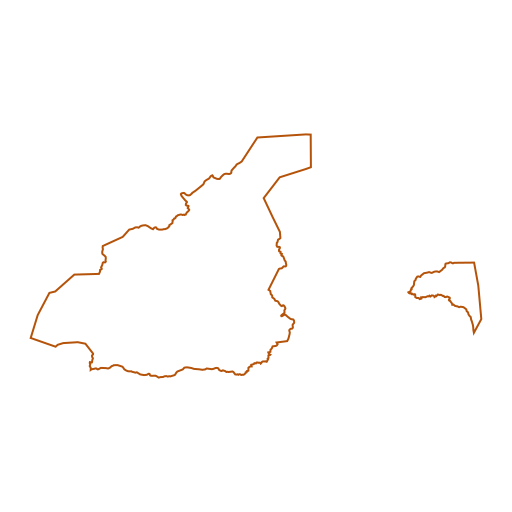 outline of Gracias, Lempira, Honduras
{"feature_id": "27666195B65386405180850", "entity_name": "Gracias", "entity_type": "district", "adm_level": 2, "iso_a3": "HND", "parent_name": "Honduras", "parent_adm1": "Lempira", "projection": "mercator", "projection_center": [-88.54, 14.629], "detail": "fine", "context": "isolated", "style": "outline", "palette": "amber", "viewbox_px": 512, "rotation_deg": 0, "n_neighbors": 0, "source": "geoboundaries", "source_scale": "gbopen_adm2", "svg_char_len": 6082}
<svg xmlns="http://www.w3.org/2000/svg" viewBox="0 0 512 512"><path d="M30.7,338.0L55.6,346.7L57.7,344.8L63.2,343.1L77.7,342.2L85.4,343.7L93.1,353.6L93.0,354.5L92.3,355.1L92.0,355.6L92.1,356.8L92.9,358.3L92.3,360.1L92.0,362.2L91.7,362.6L89.9,362.1L89.8,362.4L89.8,363.2L90.2,364.6L89.7,366.0L90.8,368.1L90.7,369.9L91.7,369.2L92.7,369.1L95.8,368.4L96.4,368.5L97.4,369.3L98.2,369.3L100.9,367.9L105.8,368.1L108.1,368.5L109.8,367.8L111.7,366.1L112.8,365.8L113.8,365.2L117.5,365.1L122.2,366.6L123.0,367.3L124.3,369.3L126.0,370.4L127.6,371.1L128.8,371.3L131.4,371.3L132.1,371.8L134.7,372.4L135.2,372.7L136.8,372.3L140.2,374.4L144.0,375.1L146.8,374.8L148.5,373.8L149.1,373.8L149.5,373.9L150.0,375.2L150.4,375.6L151.9,375.8L155.4,375.7L156.4,376.1L158.7,377.6L160.5,377.1L163.0,377.0L164.5,376.3L165.4,376.2L166.4,376.1L167.8,376.6L169.1,376.2L170.3,376.4L174.3,375.2L175.1,374.7L176.3,372.6L177.4,371.5L182.3,369.6L182.9,369.3L184.3,367.7L185.8,367.4L187.7,367.4L191.3,368.0L194.0,368.9L199.1,369.3L202.4,369.8L205.2,369.4L206.7,368.5L211.9,369.2L213.6,368.8L215.6,368.0L217.0,367.9L218.2,368.3L219.3,370.1L221.0,370.9L221.7,371.0L222.6,370.4L223.1,370.4L225.2,371.1L226.4,372.0L227.4,371.8L228.7,372.0L232.5,371.5L233.5,372.1L235.2,374.4L236.5,374.6L237.5,374.3L238.3,374.8L239.1,374.3L239.9,374.2L240.6,374.7L241.6,375.0L242.5,374.7L243.4,374.8L243.9,374.6L245.0,373.7L245.7,372.9L245.7,372.4L246.6,372.2L246.6,371.5L246.8,371.1L248.0,370.9L248.4,370.6L248.4,367.9L248.8,367.7L249.3,366.9L250.4,366.5L251.6,366.4L251.1,365.0L251.2,364.8L253.5,364.2L254.0,363.9L254.4,363.2L255.9,363.4L256.3,362.7L257.0,362.4L258.2,362.8L258.8,362.6L260.2,362.8L260.7,363.6L261.3,363.0L262.0,361.9L263.0,361.4L264.2,361.5L265.3,361.3L266.4,361.8L266.8,361.7L267.7,359.7L268.0,359.5L267.7,358.6L268.5,358.0L268.4,355.4L268.7,355.2L270.0,355.0L270.3,354.7L269.6,354.3L268.8,353.5L268.3,352.4L270.0,352.0L270.4,351.8L270.5,349.8L271.7,348.6L272.6,346.4L275.9,345.9L276.8,345.4L277.6,344.2L276.6,342.5L287.2,341.1L288.5,338.4L289.6,334.0L289.8,332.5L289.3,330.7L289.3,330.2L289.6,329.7L290.6,328.8L292.0,328.7L292.6,328.1L292.9,327.2L292.6,325.7L292.7,324.6L294.1,322.9L294.2,322.2L294.0,320.6L293.3,319.5L291.1,319.1L290.2,318.7L287.6,316.7L285.4,314.7L284.5,314.7L281.9,316.2L281.4,316.2L281.2,315.7L281.5,315.2L283.9,313.3L284.5,312.5L284.4,310.3L285.4,308.7L285.1,307.4L283.9,305.6L283.5,305.3L282.9,305.3L281.9,306.1L281.0,305.7L279.4,304.0L278.5,302.3L277.8,301.4L277.4,301.2L275.3,300.7L274.3,298.8L272.3,297.4L272.2,295.9L272.0,295.3L270.8,294.2L270.2,290.9L268.5,289.8L278.9,269.0L279.7,268.6L281.8,268.3L283.6,266.4L285.7,266.4L286.2,265.7L286.3,264.9L285.9,263.2L285.7,261.6L284.7,260.4L283.5,257.0L283.0,256.3L281.8,255.8L281.4,255.4L281.4,254.9L281.9,254.2L281.9,253.8L280.5,253.3L280.5,251.7L279.3,251.4L279.0,251.0L279.0,249.7L279.9,248.0L279.9,247.3L279.3,246.9L277.3,246.8L276.6,245.6L276.8,242.8L277.1,242.6L277.5,242.0L278.0,239.8L278.4,239.4L279.5,238.9L280.4,238.0L279.9,231.9L272.5,216.8L263.7,198.1L279.7,177.3L305.9,169.0L310.9,167.2L310.7,134.6L305.9,134.4L257.4,137.5L241.7,161.5L239.5,163.0L237.2,164.1L236.6,164.6L235.2,166.6L234.4,167.3L231.8,170.2L231.4,171.0L231.3,172.6L231.1,173.1L229.8,173.9L229.0,174.0L226.0,173.7L224.6,174.0L223.8,174.4L222.4,175.6L220.8,177.3L219.8,178.8L219.3,179.0L217.1,178.9L213.9,177.6L213.4,177.3L212.8,175.8L212.3,175.3L210.7,176.2L209.1,178.5L206.4,180.0L204.6,181.4L203.4,184.3L195.7,190.6L192.1,193.0L192.0,193.4L190.0,195.1L188.9,195.4L187.2,195.2L185.8,194.5L184.5,193.2L183.9,192.9L182.0,193.2L181.1,193.7L180.9,194.0L181.0,194.7L181.6,196.0L184.9,200.0L186.9,201.9L186.9,202.3L186.0,203.5L185.8,204.9L186.6,205.6L188.0,205.7L188.5,206.0L188.5,206.5L187.7,208.0L189.2,209.6L189.2,210.0L188.2,211.3L186.8,212.5L185.7,214.6L184.9,214.6L184.5,215.0L183.6,214.7L182.7,215.0L181.2,214.5L180.4,214.5L177.7,215.3L177.0,216.0L175.9,216.6L175.5,217.9L175.0,218.3L174.2,218.5L173.6,219.5L172.5,220.3L172.7,221.2L172.5,221.8L172.4,223.1L169.3,225.2L169.3,226.3L167.4,228.2L165.2,229.1L164.1,229.1L162.1,229.6L159.1,229.6L157.1,228.9L156.2,227.5L155.4,227.3L154.3,227.7L153.0,229.2L151.0,228.3L147.8,226.1L145.5,225.2L143.1,225.4L141.4,225.8L140.3,226.3L138.6,227.7L137.3,227.3L135.4,227.4L132.8,228.8L129.2,229.6L122.7,236.9L102.8,246.0L102.6,247.3L102.9,249.3L102.2,251.8L102.3,253.5L102.6,254.1L104.7,255.8L105.7,256.9L105.8,258.5L105.5,260.4L105.8,261.5L105.3,262.3L104.4,262.4L103.6,262.2L102.8,262.7L102.3,264.9L101.1,267.4L101.7,268.5L101.7,269.0L101.3,269.4L100.1,269.9L100.0,271.6L99.0,273.9L74.3,274.6L55.2,291.5L49.4,292.9L37.7,315.1L30.7,338.0ZM474.1,262.6L454.0,262.8L453.5,263.2L452.8,263.3L452.3,263.2L451.2,262.5L449.9,262.3L448.4,263.2L446.1,263.5L445.6,263.7L445.4,264.2L445.2,266.3L444.8,267.3L443.3,268.2L442.2,269.7L439.1,272.1L437.1,271.4L435.3,271.5L434.3,271.7L431.8,272.9L431.1,272.8L429.1,272.1L426.9,272.7L424.0,273.2L421.1,275.5L420.2,276.9L418.2,276.4L417.2,276.7L415.8,278.8L415.6,279.9L414.3,281.3L413.9,285.0L413.1,286.4L411.4,288.2L411.3,288.7L411.7,289.1L411.6,289.4L410.9,289.8L410.4,291.4L408.4,292.3L408.8,292.9L409.4,293.3L410.2,293.5L411.5,293.4L411.6,294.0L411.8,294.2L412.7,294.1L413.6,294.6L414.2,294.2L415.0,294.3L415.2,294.6L415.3,297.1L416.7,298.0L418.7,298.0L419.7,299.1L421.3,298.6L421.3,298.4L421.0,297.9L421.2,297.3L421.9,297.7L422.7,297.1L425.5,297.2L427.7,296.2L428.8,296.4L429.4,295.7L430.4,296.5L431.8,295.4L433.5,295.7L434.3,296.3L434.5,297.0L435.5,296.3L436.1,296.3L436.3,296.0L436.2,295.5L437.2,295.4L437.9,294.5L439.9,295.1L440.7,294.8L441.2,294.9L442.9,296.0L443.6,295.9L444.6,297.0L445.8,297.1L446.9,296.6L447.5,296.6L449.6,297.6L449.8,297.9L449.8,298.4L449.6,298.9L449.0,299.5L448.9,300.1L449.5,300.8L450.0,300.8L450.3,301.0L450.7,301.8L451.9,303.3L452.3,304.8L453.4,304.5L454.8,305.8L456.7,306.3L457.4,306.3L459.1,307.2L460.7,306.7L463.2,307.1L464.1,307.6L466.3,309.4L466.7,311.2L468.0,312.3L468.5,314.4L469.5,315.9L470.7,317.0L471.2,319.9L471.5,320.3L472.9,325.0L473.2,327.2L473.4,330.0L473.9,332.8L481.3,319.1L478.3,285.7L474.1,262.6Z" fill="none" stroke="#b45309" stroke-width="2"/></svg>